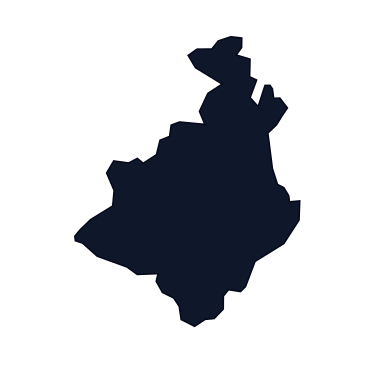 Kuçovë, Korçë, Albania (Equal Earth projection), rotated 329°
{"feature_id": "67620474B90792074310011", "entity_name": "Kuçovë", "entity_type": "district", "adm_level": 2, "iso_a3": "ALB", "parent_name": "Albania", "parent_adm1": "Korçë", "projection": "equal_earth", "projection_center": [20.706, 40.677], "detail": "fine", "context": "isolated", "style": "filled", "palette": "ink", "viewbox_px": 384, "rotation_deg": 329, "n_neighbors": 0, "source": "geoboundaries", "source_scale": "gbopen_adm2", "svg_char_len": 1018}
<svg xmlns="http://www.w3.org/2000/svg" viewBox="0 0 384 384"><g transform="rotate(329 192 192)"><path d="M128.6,131.7L126.0,150.6L116.8,163.1L90.8,163.4L83.2,165.2L76.9,166.6L68.8,169.5L66.9,173.7L71.8,179.4L77.7,198.3L97.6,222.8L102.6,234.5L120.8,244.5L115.3,250.1L114.9,262.9L121.7,273.4L122.1,283.5L117.0,295.7L125.0,308.5L137.7,308.0L145.8,311.9L158.5,308.5L165.3,297.4L173.0,294.6L182.3,302.4L189.1,300.7L210.3,284.0L244.2,283.5L269.3,271.2L279.8,255.1L270.5,250.6L273.0,245.1L273.0,235.6L269.2,229.5L273.0,213.4L287.4,180.6L298.9,178.0L308.7,173.0L317.1,169.1L315.7,156.7L310.3,153.8L314.1,144.9L313.8,140.7L309.5,138.2L292.7,152.8L290.5,141.0L305.1,129.3L300.8,122.9L310.2,108.0L300.5,97.3L308.9,93.8L314.0,85.6L305.3,78.9L292.3,76.0L282.6,79.6L269.9,72.1L259.0,72.9L259.0,87.3L273.4,115.0L256.4,115.6L239.9,126.7L237.8,140.6L217.5,125.6L208.6,123.9L201.4,132.8L191.3,131.1L180.7,141.7L165.0,142.2L162.5,135.0L152.7,134.5L140.9,125.0L128.6,131.7Z" fill="#0f172a" stroke="#020617" stroke-width="1.5"/></g></svg>